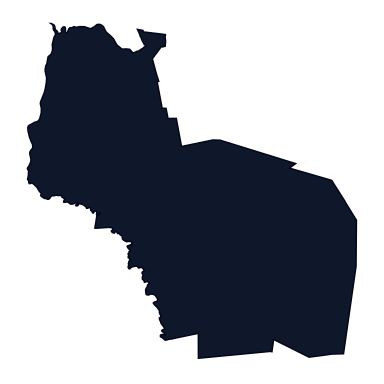 Gómez Farías, Tamaulipas, Mexico (Robinson projection), rotated 181°
{"feature_id": "50627088B86207372499551", "entity_name": "Gómez Farías", "entity_type": "district", "adm_level": 2, "iso_a3": "MEX", "parent_name": "Mexico", "parent_adm1": "Tamaulipas", "projection": "robinson", "projection_center": [-99.073, 22.992], "detail": "fine", "context": "isolated", "style": "filled", "palette": "ink", "viewbox_px": 384, "rotation_deg": 181, "n_neighbors": 0, "source": "geoboundaries", "source_scale": "gbopen_adm2", "svg_char_len": 6009}
<svg xmlns="http://www.w3.org/2000/svg" viewBox="0 0 384 384"><g transform="rotate(181 192 192)"><path d="M26.7,120.5L27.1,166.7L38.1,183.8L38.8,185.2L52.6,206.1L95.0,217.6L88.9,222.2L164.9,244.3L167.6,244.3L171.8,244.4L203.3,237.3L209.0,265.3L217.3,265.1L219.4,275.2L223.3,275.2L228.8,301.8L227.2,302.1L229.4,308.6L234.0,324.6L225.1,336.9L224.6,337.0L223.8,336.5L221.9,337.2L221.4,337.2L221.4,337.4L221.0,342.3L221.6,346.4L221.3,348.9L224.5,349.3L243.3,351.2L243.9,352.7L249.4,353.6L246.8,348.3L247.4,348.2L246.8,348.0L246.5,346.8L245.7,345.7L244.2,341.8L243.1,340.2L242.3,338.6L242.1,338.7L241.2,338.3L241.2,337.8L241.1,337.0L242.5,336.0L243.3,335.1L246.8,332.8L247.8,331.9L249.5,331.7L252.3,330.3L253.7,330.2L256.8,333.6L260.4,333.9L261.3,333.9L262.3,333.7L263.8,333.7L264.8,333.9L267.8,336.3L269.2,337.2L271.1,340.1L273.0,343.6L276.7,347.2L277.2,347.6L280.0,349.9L281.2,351.4L283.3,355.6L284.6,356.8L285.4,357.3L286.7,357.8L287.7,358.1L290.1,357.7L291.8,356.1L295.8,353.6L297.1,353.7L302.4,355.4L307.2,355.4L310.6,354.6L312.9,355.3L314.7,354.3L317.0,354.0L317.9,353.2L319.4,349.5L320.2,349.0L320.9,349.2L321.3,350.1L321.4,353.6L322.0,354.8L323.0,354.9L323.4,354.8L323.6,354.7L323.8,354.6L324.1,354.4L324.3,354.2L324.8,353.4L325.0,353.2L325.3,352.9L325.4,352.7L325.5,352.4L325.6,351.6L325.4,350.9L325.2,350.5L325.2,350.4L325.1,350.0L325.2,349.7L325.4,349.3L325.7,349.0L325.9,348.8L326.0,348.7L326.6,348.6L327.1,348.4L327.5,348.3L327.9,348.2L328.1,348.2L328.3,348.2L328.7,348.3L328.8,348.4L329.0,348.6L329.1,349.4L329.2,349.5L329.2,349.9L329.3,350.1L329.5,350.4L329.9,350.6L330.1,350.8L330.4,351.0L330.8,351.4L330.9,351.5L331.1,351.8L331.4,352.5L331.5,352.7L331.8,353.4L331.9,353.9L332.0,354.7L332.1,355.1L332.2,355.5L332.5,356.1L332.7,356.4L332.9,356.6L333.4,356.9L334.2,357.3L334.7,357.6L335.2,357.8L335.8,358.0L336.1,358.0L334.5,356.9L333.9,355.8L333.6,354.4L333.6,352.5L333.1,351.4L331.9,349.9L331.2,347.6L331.9,345.5L332.7,344.3L334.3,336.9L333.9,332.9L334.1,330.8L334.8,328.5L335.5,327.1L337.4,325.5L338.1,324.9L338.4,323.9L339.4,317.4L340.4,315.7L341.0,311.7L340.8,309.9L339.3,303.3L339.6,298.5L340.6,292.1L341.6,288.4L345.0,279.4L345.2,277.7L344.1,273.1L344.1,268.6L345.6,262.3L347.1,260.3L348.9,259.3L350.5,259.1L352.6,257.7L356.1,255.8L356.8,255.1L357.3,253.6L357.0,250.1L355.5,244.1L353.9,240.1L352.4,237.0L352.0,235.5L352.1,233.1L354.3,230.3L354.8,228.9L354.9,227.5L353.7,222.4L353.6,221.8L353.6,220.7L353.7,219.6L354.6,217.3L355.5,215.2L357.0,212.9L356.5,211.3L355.7,210.6L355.9,207.3L355.9,206.3L355.9,205.5L356.3,203.3L356.6,202.5L356.6,201.8L356.2,201.1L355.4,200.5L355.4,198.8L355.3,198.3L354.9,197.7L354.5,197.5L353.8,197.6L352.5,198.2L351.9,198.0L350.5,197.2L347.9,194.7L347.1,194.0L344.5,189.7L343.0,188.6L342.8,187.6L343.2,186.0L342.6,185.0L339.9,183.3L339.4,183.0L339.0,182.9L337.8,183.0L336.8,182.4L336.0,182.2L335.6,182.2L335.0,182.4L334.0,183.3L333.4,184.4L332.4,185.4L331.7,185.9L330.5,185.8L330.0,185.8L328.3,186.3L327.2,186.4L325.4,186.1L324.8,186.2L324.3,186.3L323.9,186.3L323.5,186.3L322.9,186.1L322.4,185.6L322.2,184.9L320.1,183.5L319.3,183.0L319.2,182.7L319.3,182.2L319.9,181.2L320.2,179.7L319.7,179.4L317.0,179.9L316.5,179.9L315.3,179.3L313.3,177.8L311.9,177.8L310.5,178.0L310.1,178.2L308.1,179.4L306.9,179.1L306.9,178.5L307.8,177.3L308.1,176.7L307.7,176.2L306.8,176.1L306.2,176.3L305.3,177.1L304.9,178.4L303.7,178.4L302.8,177.9L301.7,177.9L300.4,177.2L297.8,175.4L297.2,173.9L296.3,173.9L294.0,174.8L293.3,174.2L292.8,171.8L291.6,170.8L291.2,169.7L290.9,169.3L290.5,169.2L289.9,169.6L289.8,170.0L289.5,170.4L288.9,171.0L288.4,171.2L287.7,171.3L287.1,170.7L286.9,170.0L286.8,169.5L287.1,168.1L287.0,167.4L286.7,167.0L286.2,166.8L285.8,166.9L285.4,167.2L285.0,168.1L284.9,168.8L283.9,169.4L283.1,169.3L283.3,168.9L284.4,168.3L285.3,166.9L285.8,166.5L286.7,166.6L288.5,154.2L287.3,154.1L274.4,155.2L271.5,154.8L271.0,154.5L270.7,154.2L270.4,152.9L270.8,152.4L271.9,151.9L271.9,151.4L271.7,150.9L271.3,150.6L270.9,150.1L269.7,149.7L268.8,149.6L268.4,150.5L267.4,151.0L267.0,151.0L266.6,150.8L265.9,149.6L265.4,149.1L264.5,149.9L263.7,149.5L263.7,148.7L263.2,148.0L261.3,146.8L261.0,146.0L260.7,143.8L260.2,143.2L259.6,142.7L258.0,141.8L256.4,141.1L255.6,141.4L253.8,141.5L251.9,141.4L251.6,141.2L251.4,139.6L251.0,138.0L251.2,137.6L251.5,137.7L252.3,138.3L254.5,137.3L255.8,136.8L255.9,136.3L254.7,134.5L254.4,134.1L252.7,132.8L252.6,132.2L253.4,131.8L253.9,131.4L253.8,131.1L253.6,130.4L254.7,129.4L254.7,128.4L254.6,128.0L253.9,126.9L254.0,126.4L254.7,126.1L254.6,125.7L254.6,125.2L253.5,124.6L253.2,123.9L252.7,122.5L253.5,122.1L253.9,121.4L254.1,120.2L254.4,119.2L254.3,118.9L254.0,117.8L254.2,117.2L254.6,115.9L254.1,114.7L253.5,114.1L252.8,114.1L251.6,115.6L250.0,116.2L247.3,116.9L245.1,116.8L244.7,116.6L244.6,116.2L244.7,115.7L244.0,115.1L243.3,115.1L242.6,115.5L241.7,115.8L241.2,115.8L239.7,114.6L239.1,113.6L238.5,113.4L238.3,113.0L238.9,112.2L240.2,111.2L240.5,110.6L240.5,109.6L239.6,108.9L239.4,108.2L239.6,107.6L240.0,106.5L240.2,105.2L240.0,103.8L238.4,102.6L238.1,101.0L237.7,100.9L237.2,101.0L236.2,101.6L234.3,101.4L233.2,100.6L233.6,99.5L234.8,98.2L235.3,95.7L236.0,95.3L236.7,93.1L236.3,89.7L235.9,88.7L234.9,88.3L233.5,88.3L231.5,89.3L228.8,89.0L227.0,88.0L225.4,85.9L224.7,84.7L224.5,84.0L224.9,82.1L227.2,81.5L228.5,80.7L228.8,80.3L228.4,79.7L227.3,78.3L226.2,77.3L225.8,76.9L225.0,76.2L224.3,75.3L223.5,74.1L222.8,73.3L222.5,72.9L222.3,72.0L222.6,71.5L222.5,70.9L222.2,70.2L221.8,69.0L221.0,68.0L221.2,67.0L221.2,66.0L222.4,65.6L222.4,64.5L222.0,63.5L221.4,62.3L221.1,61.6L220.6,60.1L219.5,58.7L218.2,57.0L217.4,55.7L216.9,55.2L216.8,54.6L219.3,53.5L219.9,52.7L219.5,52.0L217.6,51.1L217.2,50.3L216.7,49.1L216.7,48.2L217.9,49.1L218.6,49.2L220.7,48.6L221.1,48.0L221.0,46.7L219.3,45.9L217.4,44.4L217.0,43.8L215.9,43.3L215.7,43.5L214.5,43.7L212.7,44.3L208.6,44.9L208.5,45.0L207.5,45.3L183.2,50.8L182.7,25.9L110.9,34.0L109.3,33.7L107.8,46.0L72.1,28.9L58.6,30.9L49.3,32.4L37.7,32.9L26.7,120.5Z" fill="#0f172a" stroke="#020617" stroke-width="1.5"/></g></svg>